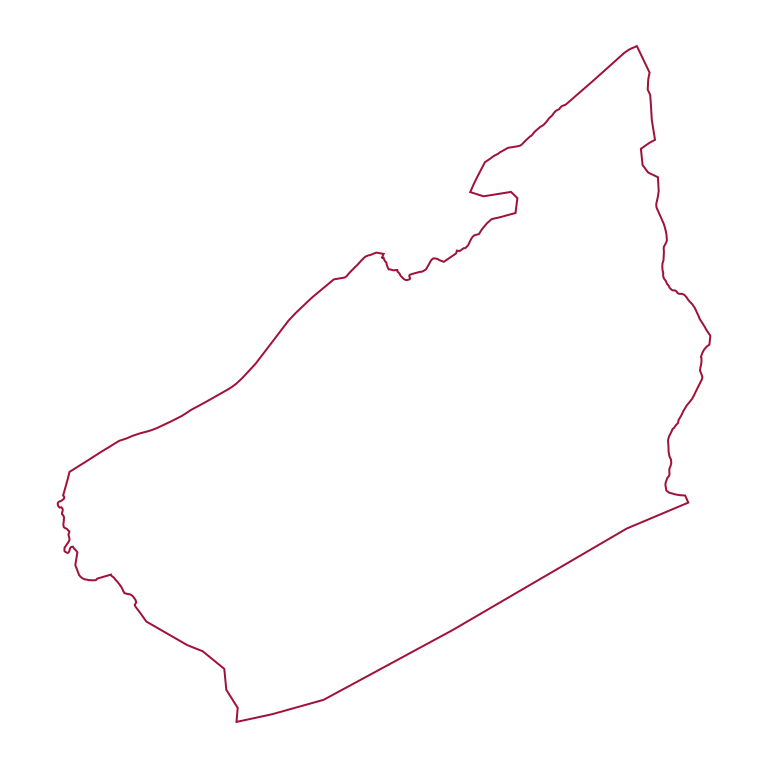 outline of Effutu Municipal, Central, Ghana
{"feature_id": "2480657B83789922051105", "entity_name": "Effutu Municipal", "entity_type": "district", "adm_level": 2, "iso_a3": "GHA", "parent_name": "Ghana", "parent_adm1": "Central", "projection": "robinson", "projection_center": [-0.61, 5.385], "detail": "fine", "context": "isolated", "style": "outline", "palette": "rose", "viewbox_px": 768, "rotation_deg": 0, "n_neighbors": 0, "source": "geoboundaries", "source_scale": "gbopen_adm2", "svg_char_len": 5995}
<svg xmlns="http://www.w3.org/2000/svg" viewBox="0 0 768 768"><path d="M658.7,191.0L657.9,177.2L648.2,172.6L642.6,165.1L640.9,148.8L647.3,144.3L649.1,143.0L655.0,139.8L651.9,120.6L651.8,119.9L651.4,113.4L651.0,106.2L650.5,99.2L650.2,94.9L647.7,89.6L648.2,79.9L648.9,75.7L649.6,72.7L636.9,46.1L636.1,46.4L633.8,47.5L632.3,48.0L628.6,49.9L626.5,51.3L623.9,53.2L594.0,80.0L565.6,104.7L564.0,105.3L562.0,106.0L561.3,106.5L559.9,108.1L559.4,109.0L555.9,110.8L554.7,112.0L553.2,113.9L552.6,114.9L551.2,116.4L549.2,118.1L548.1,119.6L546.3,122.0L545.2,123.2L543.3,125.1L541.5,126.2L539.8,127.2L538.3,128.6L536.0,130.5L533.9,132.6L532.3,134.7L531.3,135.8L530.1,136.4L528.4,138.0L526.2,140.0L523.9,142.3L522.2,144.1L520.8,145.2L520.2,145.6L516.4,146.5L508.7,147.7L507.7,147.9L506.0,149.0L501.5,151.5L500.2,152.1L498.1,153.8L496.6,154.5L495.2,155.3L493.9,155.9L492.4,157.0L490.4,158.5L488.1,160.1L485.0,162.1L484.3,163.4L477.2,177.0L473.8,184.0L470.2,192.1L483.5,196.3L511.0,191.9L517.4,198.1L515.5,213.0L498.1,217.7L497.5,217.8L495.6,218.2L491.8,219.1L490.8,219.8L488.6,221.9L487.2,223.0L485.8,224.7L484.6,226.1L482.8,228.3L481.9,229.4L480.7,231.2L479.5,233.2L478.9,234.1L478.1,234.3L475.7,234.9L474.4,235.3L473.8,235.8L472.8,236.6L471.4,238.6L470.2,240.8L469.5,242.4L469.0,243.4L468.1,245.3L466.9,246.6L465.3,248.1L463.9,248.1L459.5,251.1L456.9,250.6L456.1,253.4L453.2,255.4L443.8,261.8L439.3,260.1L437.6,259.0L435.5,258.5L433.3,258.4L432.6,258.9L431.6,259.7L430.7,261.0L428.4,265.2L426.6,268.3L425.9,269.5L424.8,270.1L423.0,271.2L421.8,271.7L421.2,271.8L420.6,271.9L419.8,271.9L419.4,272.0L418.8,272.1L417.6,272.5L411.6,274.1L409.8,274.8L409.2,276.0L410.1,278.3L409.6,279.3L407.6,279.9L407.0,280.1L405.9,280.0L404.0,279.2L401.9,277.2L401.4,276.5L400.6,275.8L399.4,273.4L397.4,271.5L397.5,270.9L397.3,270.0L395.8,270.0L395.3,270.1L393.7,270.4L390.2,269.4L388.8,269.4L387.8,267.7L386.6,264.3L386.4,262.6L385.8,262.0L385.0,261.2L384.1,259.4L383.6,257.8L382.5,258.1L382.0,257.5L383.6,253.9L376.2,252.6L369.8,255.2L368.2,255.4L367.4,255.8L365.3,256.7L364.0,257.8L361.8,260.0L359.5,262.5L357.4,264.9L354.8,267.4L350.3,271.9L348.5,273.9L346.7,276.1L344.9,277.5L333.8,279.4L313.1,296.6L308.1,301.2L295.4,313.3L288.4,320.7L271.6,342.8L255.5,363.8L242.7,377.6L240.4,379.8L236.1,383.8L232.1,386.8L228.5,389.1L203.6,403.2L190.7,410.1L186.6,412.9L181.9,415.9L176.4,418.7L170.8,421.5L156.8,428.1L151.1,430.3L146.7,431.6L139.8,433.4L132.4,435.9L126.6,438.4L123.0,439.6L119.2,440.8L100.9,452.0L87.5,460.6L69.5,471.9L67.5,479.9L63.1,495.6L63.8,496.2L64.1,496.8L64.2,497.3L64.2,498.2L63.8,498.8L62.5,500.0L61.9,500.4L60.9,501.0L60.0,501.3L59.3,501.5L58.6,502.1L58.0,502.7L57.7,503.5L57.8,504.6L58.1,505.7L58.9,506.9L59.8,507.6L61.3,507.3L62.3,508.3L62.7,509.3L62.7,509.9L62.6,511.0L62.1,512.5L61.9,513.5L62.0,514.2L62.5,514.5L63.1,515.3L63.8,516.7L64.1,517.6L63.9,518.6L63.8,520.0L63.8,520.9L63.5,523.2L63.4,524.4L63.4,525.5L63.8,527.0L64.2,527.5L64.7,527.8L65.6,528.3L66.2,528.6L67.1,529.1L67.6,529.6L68.3,530.7L68.8,531.1L69.3,531.3L69.3,531.9L69.1,532.9L68.7,533.8L68.4,534.7L68.6,535.3L68.9,536.0L69.1,536.8L69.2,537.3L69.3,538.5L69.5,539.2L69.3,540.5L69.0,541.0L68.1,542.7L67.7,543.1L67.1,544.0L66.7,544.6L66.0,545.6L65.7,546.0L65.4,546.5L64.6,547.5L64.4,549.8L64.5,550.9L64.7,551.4L65.6,552.0L66.3,552.4L66.9,552.7L67.9,552.9L68.5,552.6L69.4,550.9L69.6,550.2L69.9,548.9L70.2,548.1L70.4,547.7L70.9,547.2L71.8,546.8L72.9,546.7L73.6,547.8L73.9,548.4L74.8,549.2L75.2,549.7L75.7,550.1L76.4,551.0L76.8,551.6L77.4,552.3L75.3,565.1L79.2,575.3L79.9,575.9L80.3,576.5L81.0,577.1L81.8,577.8L82.5,578.3L83.3,578.7L84.1,579.1L85.0,579.3L85.7,579.5L86.7,579.6L87.1,579.7L88.0,579.9L89.3,580.3L90.1,580.1L91.2,580.2L92.2,580.3L93.0,580.4L94.1,580.2L94.9,580.2L95.6,580.2L96.3,579.8L96.6,579.3L97.3,578.6L111.0,574.6L111.3,575.6L111.7,575.9L112.1,576.3L112.7,576.7L113.4,577.2L114.0,577.7L114.6,578.5L115.1,579.2L115.5,579.8L116.3,580.6L116.9,581.3L117.9,582.3L118.2,582.8L118.6,583.3L119.6,584.6L120.0,585.1L120.8,586.4L121.5,587.3L121.9,588.2L122.3,589.0L122.6,589.4L123.3,591.2L123.8,591.9L124.5,593.2L125.9,593.5L126.7,593.7L127.3,594.0L128.5,594.1L129.5,594.2L130.8,594.7L131.7,595.3L132.6,596.0L133.1,596.6L134.0,597.8L135.2,599.4L135.6,600.1L135.7,600.6L136.2,602.4L134.7,605.0L135.3,606.2L135.8,607.1L140.1,612.8L146.4,621.6L187.2,645.1L195.7,648.5L202.6,651.2L224.3,668.9L226.3,689.8L237.7,707.9L236.5,721.9L271.8,714.3L323.6,699.8L382.1,668.2L452.7,630.0L501.1,601.8L626.8,528.5L688.3,502.6L685.4,496.1L685.1,495.5L683.6,495.4L680.3,495.2L678.0,494.9L674.9,494.3L671.6,493.3L669.2,492.7L666.4,490.6L665.9,488.1L665.4,484.6L665.7,482.6L666.3,480.8L667.3,478.0L668.9,476.2L669.5,474.5L669.3,471.2L669.3,469.1L670.0,467.4L670.7,465.5L670.9,464.5L671.3,462.8L671.1,461.0L670.9,459.3L669.9,457.5L669.3,455.5L668.6,451.7L668.4,444.8L668.0,441.5L668.2,439.4L669.1,436.3L670.7,433.2L671.1,432.4L672.6,429.0L674.0,428.0L675.7,425.4L678.0,423.0L678.7,419.7L680.5,416.8L682.0,414.1L683.3,411.0L685.1,408.2L686.8,405.3L689.2,402.5L692.1,398.8L694.1,395.2L695.6,391.9L697.9,387.3L700.1,382.9L701.5,380.2L702.0,379.0L702.4,377.1L701.8,375.2L701.1,373.4L700.0,370.6L700.4,367.5L701.2,364.2L701.5,360.9L701.4,357.6L700.9,357.0L702.3,353.0L704.1,349.6L706.8,346.5L709.4,344.6L710.3,336.2L710.2,335.5L708.3,332.7L707.3,331.4L706.2,329.4L705.8,329.0L705.2,327.6L699.7,318.9L698.5,315.9L696.9,312.5L694.6,307.5L693.7,306.5L692.7,304.7L689.0,300.8L687.6,299.0L686.8,297.6L684.6,295.1L683.2,294.3L682.2,293.9L679.2,293.8L678.0,293.3L677.4,292.9L676.7,291.6L675.5,290.7L674.3,290.4L672.4,290.3L670.7,288.9L669.6,287.8L668.9,286.1L667.3,284.1L666.5,282.7L666.1,281.5L665.2,280.1L664.6,279.5L663.6,277.6L663.2,276.2L663.2,272.9L662.9,271.5L662.6,270.8L662.3,267.0L662.5,263.4L663.5,260.2L663.9,252.4L663.7,248.1L663.9,246.7L665.9,243.1L666.9,240.4L666.4,234.1L666.1,232.8L666.1,232.1L665.3,229.4L665.1,228.1L664.5,226.2L663.7,223.7L656.5,207.5L656.3,205.8L656.3,203.7L657.8,197.1L658.7,191.0Z" fill="none" stroke="#9f1239" stroke-width="2"/></svg>